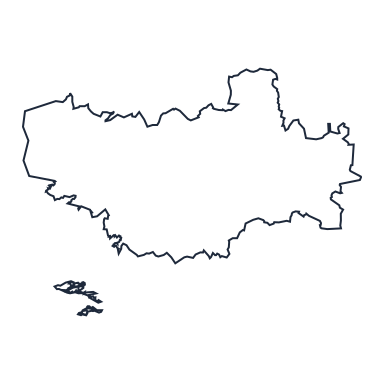 Athenry-Oranmore Lea-7, Galway, Ireland
{"feature_id": "5873133B98830441057243", "entity_name": "Athenry-Oranmore Lea-7", "entity_type": "district", "adm_level": 2, "iso_a3": "IRL", "parent_name": "Ireland", "parent_adm1": "Galway", "projection": "albers", "projection_center": [-8.887, 53.319], "detail": "fine", "context": "isolated", "style": "outline", "palette": "slate", "viewbox_px": 384, "rotation_deg": 0, "n_neighbors": 0, "source": "geoboundaries", "source_scale": "gbopen_adm2", "svg_char_len": 5870}
<svg xmlns="http://www.w3.org/2000/svg" viewBox="0 0 384 384"><path d="M25.0,111.2L23.0,126.8L28.4,140.6L23.5,160.5L29.2,176.0L54.7,180.9L55.3,181.4L53.9,182.1L54.8,183.3L54.5,184.4L53.3,185.4L52.3,184.6L50.7,185.0L51.7,185.5L51.0,186.1L50.2,185.2L49.1,185.7L50.7,187.0L50.0,188.5L48.5,187.3L49.0,188.0L48.6,188.9L48.1,188.6L48.3,189.3L46.1,190.7L45.9,191.6L46.6,191.3L47.9,193.3L50.3,195.0L53.5,196.2L54.9,200.1L57.3,198.9L59.4,199.1L61.3,197.4L63.0,197.9L64.3,195.9L69.6,197.1L73.6,195.4L75.6,195.8L75.5,197.2L74.1,199.0L72.9,198.8L71.3,200.3L71.3,201.4L70.4,202.4L69.1,202.2L67.6,203.5L79.2,206.4L78.2,208.6L78.6,209.7L81.2,206.3L90.1,209.8L90.6,211.6L91.2,211.3L92.1,212.5L91.0,212.9L92.3,217.2L97.1,216.3L105.3,209.4L108.8,215.3L108.2,215.6L107.7,218.8L104.7,218.3L104.1,219.3L103.7,222.6L104.4,226.4L103.7,229.2L106.7,229.4L108.0,235.5L108.8,235.8L108.7,236.6L110.0,236.1L110.1,238.4L113.8,235.1L114.5,235.1L114.6,236.2L115.3,235.3L116.9,237.5L119.0,235.5L120.2,236.2L119.8,236.5L120.3,237.7L121.2,237.9L120.7,240.1L119.8,240.0L119.2,241.9L117.4,242.6L117.5,244.0L116.5,242.9L114.8,243.2L112.6,245.9L114.1,246.8L114.8,246.1L114.4,245.2L116.1,245.8L117.2,247.8L118.8,248.8L117.9,249.5L118.7,253.6L121.2,248.9L121.4,246.0L123.2,243.6L126.5,245.2L129.4,249.6L136.8,254.9L137.9,256.4L143.9,254.9L146.5,253.3L149.1,253.6L152.9,252.0L155.7,255.6L158.3,256.5L163.7,255.0L166.8,252.8L171.3,257.3L175.3,263.3L184.3,257.3L187.1,256.6L193.1,257.9L195.6,254.5L200.3,252.4L203.0,252.5L203.8,250.4L208.8,256.1L209.8,258.3L211.0,257.1L212.9,253.0L215.0,255.1L216.1,255.1L217.2,253.6L219.1,254.6L220.3,257.2L221.8,256.1L226.7,257.5L229.4,253.9L227.6,249.5L228.8,247.4L229.2,241.8L228.8,240.5L232.7,238.2L237.1,238.2L239.8,232.4L242.9,230.0L244.1,230.4L245.6,223.5L253.2,219.8L258.4,218.3L263.3,220.1L264.2,221.1L264.2,222.3L267.4,222.8L269.6,225.1L273.7,223.6L274.2,222.2L278.9,222.4L286.7,220.8L290.0,221.7L290.5,217.1L291.6,215.3L291.9,213.5L292.6,212.5L295.6,211.4L299.0,211.7L298.5,213.0L303.6,216.6L304.2,215.1L306.0,214.5L306.3,213.6L308.9,215.8L319.9,220.9L321.0,223.1L320.7,224.9L319.9,225.1L320.5,227.6L321.5,228.3L327.3,229.1L341.0,228.4L340.3,225.6L340.9,220.6L340.8,213.7L343.1,209.6L339.9,207.7L339.3,205.3L330.9,199.4L330.7,197.8L331.9,197.0L331.5,195.3L332.3,193.4L335.4,191.5L340.1,193.3L341.8,192.9L340.5,191.4L341.0,186.9L339.7,185.0L340.0,184.0L359.9,180.0L361.0,177.3L360.9,176.6L350.5,171.1L349.8,169.8L350.9,165.3L352.4,165.1L353.7,144.5L348.5,144.8L348.8,144.0L347.8,142.3L343.0,138.8L348.3,134.5L348.5,128.4L343.9,126.4L344.6,124.1L343.2,123.2L338.3,127.0L338.2,129.0L339.6,133.0L337.4,133.5L330.3,131.5L329.9,123.9L328.2,123.9L328.7,132.7L323.9,135.7L323.1,137.3L321.6,138.1L316.2,139.3L306.0,138.1L304.0,128.7L299.0,123.3L298.3,119.7L293.4,120.5L289.4,125.9L288.1,128.8L285.5,130.5L284.0,125.6L282.3,125.8L283.5,122.8L283.4,120.6L284.6,118.3L281.0,116.7L282.1,111.1L280.4,110.8L278.7,109.3L279.2,107.8L278.7,106.7L279.2,104.4L277.7,102.7L278.4,101.0L277.8,98.8L278.8,97.0L278.1,92.5L276.9,90.8L277.2,89.1L273.7,86.5L272.4,84.5L273.1,79.7L275.5,78.9L277.2,79.5L277.2,78.0L276.2,74.0L270.6,69.7L267.8,70.1L260.0,68.7L257.4,70.6L253.6,71.8L250.5,71.4L246.4,69.5L240.4,72.7L237.9,75.3L233.8,75.9L232.0,77.2L229.1,76.6L228.5,82.4L230.9,90.7L230.8,94.8L228.3,103.5L237.8,104.5L231.0,110.1L228.5,109.9L225.5,111.1L222.8,109.5L222.5,110.2L218.8,110.0L213.8,108.8L212.9,108.2L213.2,107.5L211.2,103.9L208.5,105.3L206.3,107.7L204.0,108.1L199.8,111.3L200.2,113.8L197.9,116.0L198.7,117.3L190.8,120.4L187.8,118.9L179.9,110.8L175.5,108.6L174.0,109.6L173.1,108.8L165.6,113.2L163.2,113.4L161.0,115.6L158.9,122.2L157.2,125.0L152.6,125.0L147.4,126.7L144.2,119.5L139.2,112.0L135.4,116.9L132.3,116.4L131.9,113.8L123.9,117.4L117.6,114.7L110.2,120.1L105.5,121.2L105.5,120.3L108.0,118.4L110.3,115.1L113.1,113.5L114.0,111.4L112.7,112.7L110.0,113.2L106.9,112.2L102.7,112.2L100.4,116.5L93.6,113.8L91.0,111.5L88.3,108.2L88.0,104.4L84.7,106.2L79.6,106.2L78.8,107.3L73.4,108.8L73.7,107.0L72.3,101.8L72.3,96.6L70.5,93.8L70.0,93.9L69.7,95.5L67.0,96.8L65.9,99.4L62.8,102.1L55.8,101.1L25.0,111.2ZM65.7,282.6L60.4,285.7L58.0,285.2L54.6,286.5L56.9,289.1L59.0,289.0L67.2,292.7L70.0,293.3L73.1,292.7L72.3,291.6L70.1,292.9L69.1,291.7L67.7,291.6L68.1,291.1L67.4,290.6L65.1,291.3L65.2,290.4L64.7,291.2L63.9,290.2L63.2,290.5L62.5,290.0L67.2,290.3L68.4,288.1L69.4,288.1L69.5,287.7L70.4,287.3L70.6,286.6L71.3,286.2L70.4,283.8L69.2,283.6L70.1,282.9L68.6,282.2L70.8,281.5L74.5,282.7L71.0,281.2L65.7,282.6ZM93.2,309.1L87.2,308.2L87.5,306.8L88.3,306.4L90.5,307.5L89.4,306.3L87.8,306.2L87.2,306.7L86.9,308.1L82.7,310.3L81.7,312.2L78.9,313.0L78.0,314.3L81.0,315.2L82.3,314.4L86.2,315.3L87.4,313.2L87.2,312.2L86.1,315.0L82.2,313.6L82.2,314.2L81.4,314.7L79.9,314.6L81.9,314.2L81.1,312.8L82.0,312.3L82.6,311.0L86.5,310.4L87.3,311.5L88.6,311.5L91.5,310.8L93.0,311.1L94.4,310.7L99.0,312.6L101.2,311.8L102.0,310.2L96.9,310.2L92.8,307.0L90.8,308.1L92.5,307.9L95.9,309.6L96.5,310.7L94.3,310.5L93.0,310.9L92.6,310.5L93.2,309.1ZM93.2,291.9L85.4,292.5L84.2,293.3L84.6,292.1L83.2,292.9L80.0,291.6L78.7,292.1L77.3,291.2L76.3,291.6L76.0,290.6L75.4,291.6L73.9,291.9L78.5,293.3L81.7,293.1L87.4,295.3L96.1,293.4L93.2,291.9ZM72.7,287.8L77.0,286.8L76.2,286.5L79.3,285.8L79.7,285.4L78.9,285.7L79.1,285.1L80.2,284.8L79.0,284.2L79.3,284.2L80.0,283.8L78.3,283.4L78.6,283.3L78.1,282.7L73.5,283.6L73.7,284.2L73.1,285.0L75.2,284.5L73.3,285.2L73.3,285.9L71.0,286.4L70.6,287.4L68.0,289.1L69.1,289.7L72.7,287.8ZM98.3,302.7L101.1,301.7L98.6,300.1L98.1,300.8L96.0,300.7L95.2,299.7L95.4,297.4L94.0,297.8L93.2,296.4L89.5,297.3L89.8,296.1L88.3,295.9L89.2,297.5L98.3,302.7ZM78.4,287.0L78.4,290.0L80.3,290.1L83.3,288.0L83.4,286.8L80.2,286.2L78.4,287.0ZM84.2,285.1L84.9,284.7L84.7,283.0L83.2,282.1L81.5,282.8L83.5,282.7L81.9,283.3L83.0,283.7L80.7,284.5L83.7,284.7L83.9,283.9L84.2,285.1Z" fill="none" stroke="#1e293b" stroke-width="2"/></svg>